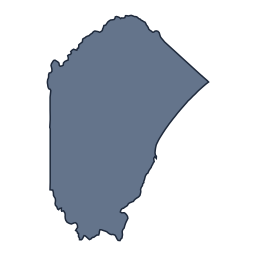 Aracruz, Espírito Santo, Brazil
{"feature_id": "56859067B44994056013366", "entity_name": "Aracruz", "entity_type": "district", "adm_level": 2, "iso_a3": "BRA", "parent_name": "Brazil", "parent_adm1": "Espírito Santo", "projection": "equal_earth", "projection_center": [-40.187, -19.781], "detail": "fine", "context": "isolated", "style": "filled", "palette": "slate", "viewbox_px": 256, "rotation_deg": 0, "n_neighbors": 0, "source": "geoboundaries", "source_scale": "gbopen_adm2", "svg_char_len": 3646}
<svg xmlns="http://www.w3.org/2000/svg" viewBox="0 0 256 256"><path d="M208.6,82.0L207.1,80.5L199.9,74.2L164.5,41.9L163.3,40.4L162.2,39.1L160.7,37.3L160.0,35.5L159.6,34.1L159.2,32.7L157.9,31.3L156.3,30.9L155.0,31.1L153.6,32.2L152.5,32.2L151.5,31.2L150.1,30.4L148.8,29.2L148.2,27.6L147.5,26.3L146.4,25.0L145.8,23.5L145.0,22.2L143.6,21.6L142.4,20.7L141.4,20.4L140.3,19.2L138.9,18.7L137.8,17.7L136.8,16.9L135.7,16.6L134.5,16.6L133.1,16.0L131.5,15.4L130.2,15.5L128.6,16.0L126.9,15.7L125.5,15.7L124.8,17.7L123.2,18.1L121.6,17.9L120.7,18.6L119.6,17.6L118.0,16.9L116.5,16.5L115.3,16.9L114.9,18.5L114.1,19.5L112.6,19.8L110.6,20.0L109.1,20.9L107.8,22.0L106.7,23.6L105.7,25.1L103.9,25.5L103.3,27.6L102.6,29.1L102.3,30.5L101.1,31.5L99.6,32.3L98.1,31.6L96.4,31.3L94.9,31.0L93.4,31.7L92.2,33.2L90.6,34.2L89.0,35.7L87.3,36.2L85.9,36.9L85.1,37.7L84.0,38.2L82.7,39.1L82.4,41.9L81.3,42.8L80.1,43.7L78.8,44.8L78.7,46.5L78.5,48.0L77.4,48.4L76.8,50.2L74.9,49.7L73.6,49.2L71.8,50.4L70.7,51.6L71.4,53.0L70.5,54.4L69.0,54.7L67.7,55.6L68.3,57.9L68.1,60.0L66.4,60.7L64.8,61.5L63.5,62.9L63.2,65.2L61.9,65.9L60.2,66.3L59.3,65.3L58.9,63.0L57.8,61.9L56.5,61.1L55.1,60.2L54.0,60.3L53.2,61.0L52.4,62.3L51.5,63.7L51.0,65.5L51.5,67.3L51.9,69.1L51.9,71.3L50.7,72.7L49.2,73.0L48.6,74.6L48.6,76.4L48.4,78.1L47.7,79.5L47.4,81.6L47.4,83.0L47.7,84.7L47.9,86.3L48.3,87.8L49.1,89.0L50.2,89.3L50.8,90.6L50.1,97.1L50.1,99.5L50.1,103.1L50.1,110.2L50.2,116.1L50.2,119.9L49.8,127.4L50.2,128.9L50.2,138.9L50.2,144.9L50.2,147.5L50.2,149.5L50.2,154.1L50.2,163.1L50.2,167.8L50.2,170.0L50.2,173.4L50.2,178.6L50.2,182.4L50.0,189.8L51.4,190.0L52.7,190.1L53.3,192.2L53.4,193.7L53.5,195.5L54.4,197.1L55.3,198.5L55.5,200.8L55.3,202.2L55.1,203.5L55.4,205.2L56.8,206.8L57.6,209.0L58.6,209.7L59.6,208.5L61.4,208.1L61.3,210.0L61.7,211.2L63.6,210.9L65.0,213.2L65.2,215.0L65.1,216.8L65.3,218.6L65.7,220.1L67.0,222.1L68.5,223.0L69.9,223.6L71.4,224.0L72.4,223.6L73.9,223.0L75.3,222.7L76.6,223.5L77.4,225.2L77.6,227.5L76.8,228.5L75.6,230.5L77.1,231.4L77.5,233.1L78.5,233.4L78.5,234.9L78.5,236.7L79.4,237.9L79.5,239.7L81.3,239.8L82.3,239.0L83.2,237.3L84.1,235.6L85.3,235.9L87.5,237.9L89.4,239.6L91.0,238.9L92.4,237.4L93.8,237.3L95.1,236.3L96.8,235.1L98.7,235.0L99.3,232.9L99.4,231.4L100.0,229.7L101.4,229.8L103.3,230.5L105.5,231.2L106.9,231.8L108.1,232.9L109.4,233.8L110.4,234.3L111.5,234.6L112.8,234.4L114.8,235.0L115.7,236.2L116.5,237.9L117.3,239.4L118.1,240.4L120.0,240.6L121.1,238.7L122.0,238.0L122.2,236.5L122.5,234.9L122.3,232.8L122.2,231.4L122.8,229.6L124.1,228.1L124.8,225.5L125.5,223.4L126.3,221.6L127.3,219.6L127.9,218.3L127.5,216.4L126.4,214.6L125.3,213.4L124.1,212.7L122.8,212.8L121.6,212.8L120.3,212.0L120.7,210.4L121.6,209.1L122.5,208.4L123.6,208.2L124.5,207.4L126.0,206.5L127.4,205.5L128.1,204.1L129.3,203.0L130.8,202.4L132.2,201.8L133.4,201.4L134.2,200.2L135.5,198.9L137.0,197.9L138.5,197.0L139.9,195.5L140.4,193.7L140.8,191.8L140.6,189.3L141.3,187.3L142.4,185.7L142.8,183.6L143.8,182.7L143.8,181.1L144.4,179.8L144.8,178.1L145.3,176.2L146.0,174.9L146.7,173.8L147.8,173.2L148.4,171.8L149.1,170.3L150.1,168.9L151.1,167.5L151.8,165.7L152.5,164.6L153.2,163.0L154.2,161.6L153.9,160.2L153.7,158.4L154.7,156.8L156.3,158.4L156.4,156.3L155.4,155.0L155.0,152.9L155.2,150.6L155.6,147.7L156.2,145.0L156.8,143.6L157.7,141.8L158.3,140.5L159.7,138.0L161.2,135.6L162.9,132.9L165.4,129.1L167.2,126.6L168.2,125.2L169.1,123.9L170.8,121.7L173.4,118.3L174.5,117.0L177.7,112.9L180.4,109.7L184.4,105.1L186.7,102.5L188.0,100.9L189.0,100.0L190.0,99.1L191.2,97.9L192.9,96.1L193.9,95.2L195.5,93.7L197.2,91.9L198.5,90.6L201.4,88.0L203.3,86.3L206.0,84.0L208.6,82.0Z" fill="#64748b" stroke="#1e293b" stroke-width="1.5"/></svg>